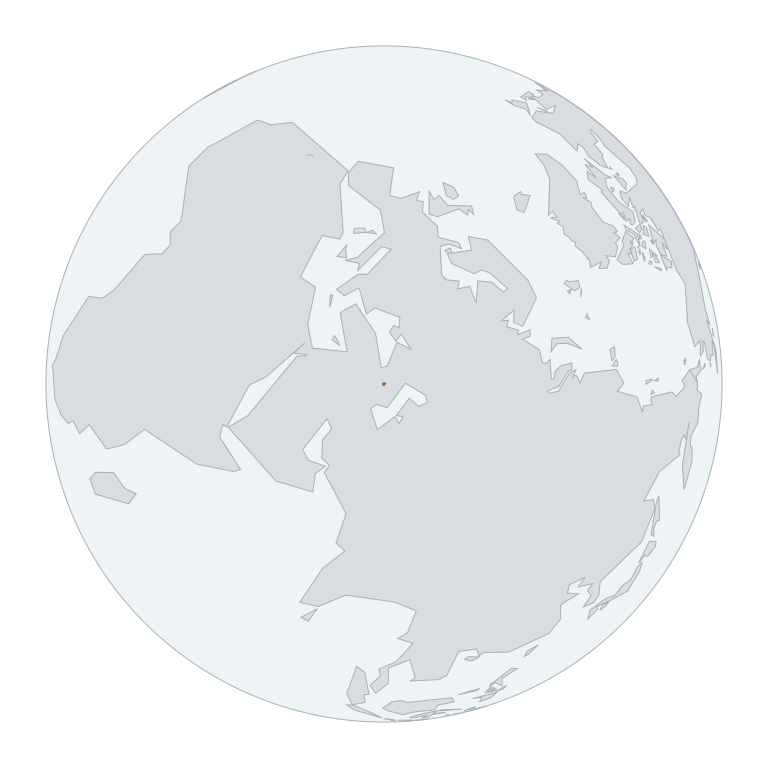 the Earth from above Qazax, rotated 71°
{"feature_id": "AZE-1684", "entity_name": "Qazax", "entity_type": "District", "adm_level": 1, "iso_a3": "AZE", "parent_name": "Azerbaijan", "parent_adm1": "", "projection": "orthographic", "projection_center": [45.184, 41.159], "detail": "fine", "context": "on_globe", "style": "filled", "palette": "amber", "viewbox_px": 768, "rotation_deg": 71, "n_neighbors": 0, "source": "natural_earth", "source_scale": "10m", "svg_char_len": 11174}
<svg xmlns="http://www.w3.org/2000/svg" viewBox="0 0 768 768"><g transform="rotate(71 384 384)"><circle cx="384" cy="384" r="338" fill="#eef3f6" stroke="#a8b0b8"/><path d="M336.9,49.4L338.0,49.3L349.6,48.0L356.6,47.4L381.7,50.5L419.0,56.0L434.4,56.5L428.2,58.1L459.7,59.1L482.3,65.0L454.5,59.4L450.0,59.8L464.2,63.8L462.6,65.2L468.5,68.2L465.3,69.9L449.4,67.4L447.0,68.6L457.2,71.5L460.4,75.6L445.8,71.0L449.9,77.9L424.1,76.9L387.6,66.6L370.9,70.4L327.2,72.2L328.8,74.7L313.3,78.1L309.5,82.4L302.5,82.3L305.5,86.0L312.6,85.4L316.3,87.0L314.7,89.8L305.5,89.8L304.9,88.4L301.4,89.9L297.5,88.9L298.5,91.0L287.5,91.2L295.9,95.2L285.1,99.0L278.4,98.1L282.5,92.6L277.1,79.5L271.7,78.3L259.9,81.4L230.7,97.9L223.3,99.5L210.8,105.6L213.3,106.8L223.9,102.6L225.5,107.3L238.4,102.5L240.9,104.0L252.8,102.0L247.3,108.5L235.5,116.3L225.4,118.5L219.9,122.3L226.6,125.7L204.9,136.2L185.6,154.9L180.4,157.4L175.5,151.1L183.0,136.1L176.7,131.1L177.0,141.1L163.9,148.5L160.2,152.9L158.7,156.8L162.2,156.9L156.9,161.2L154.6,152.1L159.4,148.0L160.1,150.7L163.5,144.1L161.9,139.4L155.4,144.3L159.8,134.5L155.2,138.2L153.6,138.6L160.6,133.2L148.1,143.1L150.5,139.8L170.2,122.3L191.2,106.5L213.3,92.3L236.6,79.9L260.7,69.4L285.5,60.8L311.0,54.1L336.9,49.4ZM46.6,402.4L47.7,415.5L52.3,445.1L55.0,460.8L55.1,461.8L49.5,432.3L46.6,402.4ZM360.0,47.2L350.0,48.0L340.1,48.9L348.6,47.9L360.0,47.2ZM378.5,47.4L373.4,47.7L370.9,46.9L374.6,47.0L378.5,47.4ZM445.7,57.0L437.9,55.4L446.1,56.6L445.7,57.0ZM469.9,68.4L472.6,68.6L474.5,70.2L469.9,68.4ZM255.0,98.7L253.9,100.3L252.2,99.8L255.0,98.7ZM261.2,96.5L260.1,94.7L262.9,93.5L263.5,94.5L261.2,96.5ZM471.4,74.3L473.7,77.2L468.6,73.7L471.4,74.3ZM261.9,99.0L267.9,91.5L272.8,89.4L279.3,92.0L261.9,99.0ZM473.2,78.6L478.8,86.5L485.4,87.2L470.0,90.3L470.3,82.1L463.1,77.5L469.9,79.5L473.2,78.6ZM315.6,84.1L307.9,84.8L315.8,81.8L315.6,84.1ZM319.7,81.8L338.7,71.5L349.2,72.3L340.7,75.3L355.6,74.8L351.4,80.2L342.3,81.6L336.3,79.9L339.3,83.4L319.7,81.8ZM460.7,91.1L459.7,92.9L457.7,90.6L460.7,91.1ZM318.4,87.4L321.3,85.0L330.6,85.4L326.6,90.3L324.8,88.6L318.4,87.4ZM361.5,72.3L367.8,73.8L366.1,78.5L368.3,79.8L352.2,80.4L361.5,72.3ZM321.9,89.9L324.2,92.9L318.4,95.4L316.2,89.8L321.9,89.9ZM334.8,83.6L339.0,84.1L335.3,85.4L334.8,83.6ZM298.9,106.7L302.1,103.3L307.3,103.1L298.9,106.7ZM325.5,93.9L327.5,93.1L329.9,92.8L330.2,95.3L325.5,93.9ZM352.2,83.8L350.2,85.7L358.6,83.8L357.7,87.6L347.2,87.5L351.3,89.1L351.1,90.4L342.8,89.0L352.2,83.8ZM337.7,97.0L324.0,98.9L316.8,105.0L312.0,105.1L324.4,95.5L337.7,97.0ZM341.4,92.4L338.0,95.2L333.8,93.7L333.5,90.9L341.4,92.4ZM360.9,90.4L365.0,84.5L367.2,84.8L360.9,90.4ZM336.4,99.0L339.8,98.6L336.4,99.6L336.4,99.0ZM354.3,93.2L355.5,91.0L357.9,91.4L354.3,93.2ZM345.5,99.7L341.1,100.2L340.7,98.2L345.5,99.7ZM350.2,97.0L353.3,98.0L343.2,97.1L350.3,95.9L350.2,97.0ZM356.4,93.9L358.3,93.4L355.6,94.8L356.4,93.9ZM349.4,107.6L336.8,107.0L336.0,102.3L348.4,103.4L349.4,107.6ZM103.0,474.2L93.3,417.6L102.2,406.3L106.7,385.6L170.6,348.6L180.8,360.6L227.3,373.3L232.6,378.5L223.5,394.2L255.6,428.3L270.2,417.2L302.7,436.7L326.7,440.0L341.5,408.4L302.3,402.2L299.0,384.6L333.2,375.5L368.0,381.4L367.8,374.9L348.8,358.2L359.8,347.2L342.6,351.4L347.3,358.8L336.7,362.0L331.7,355.6L335.7,351.7L326.1,347.2L309.1,368.0L312.2,377.8L285.1,376.3L287.5,392.8L279.1,398.1L271.8,372.5L274.8,364.3L258.9,333.4L253.3,341.6L268.0,371.7L262.0,368.0L254.5,380.6L255.6,368.1L241.0,334.2L218.6,330.8L184.7,352.9L172.7,349.0L165.1,335.7L182.7,304.6L207.5,317.1L214.1,307.5L213.7,287.7L221.2,293.6L224.1,287.5L233.9,291.6L252.3,282.2L262.9,284.9L274.5,267.3L281.5,266.6L272.7,277.0L272.3,286.2L299.3,293.8L305.8,291.2L311.1,279.4L317.9,283.5L319.6,271.2L337.3,270.4L317.1,261.6L322.9,248.8L335.9,241.3L334.1,235.8L312.9,248.3L307.8,254.9L309.1,262.8L291.8,281.0L281.5,281.6L286.0,257.6L271.9,256.3L281.5,239.3L332.9,214.2L352.1,211.8L374.7,234.1L367.7,241.4L356.1,236.7L362.8,252.6L364.2,245.7L369.8,249.5L376.7,239.4L381.0,241.6L380.3,228.4L386.3,230.1L386.7,238.5L402.1,226.0L415.9,227.2L417.3,223.4L414.8,219.0L433.9,224.2L434.1,221.2L427.9,218.3L424.3,210.7L425.3,199.6L431.8,201.9L432.3,206.2L443.3,219.4L443.7,231.2L446.5,231.2L447.7,221.5L434.3,205.3L433.1,198.1L440.5,204.7L437.7,201.7L439.1,198.9L446.7,198.5L439.0,191.0L445.8,159.7L461.1,156.8L467.0,165.6L478.6,149.0L494.9,148.7L489.2,145.8L490.9,137.0L485.8,136.8L483.2,134.9L485.3,114.2L490.9,111.8L485.3,101.3L482.4,100.1L477.9,101.1L470.0,90.3L485.4,87.2L491.3,90.1L496.9,86.9L509.6,94.4L522.6,99.7L533.3,110.9L542.7,114.8L543.8,113.2L557.4,118.0L581.7,134.7L557.2,128.0L519.9,108.1L534.7,116.4L529.9,116.9L534.3,121.5L544.9,127.7L547.0,126.8L556.5,151.9L579.1,176.4L581.0,167.0L589.7,168.2L617.1,191.9L641.5,244.1L653.3,249.4L659.0,257.1L659.6,268.1L651.4,257.0L645.5,258.8L640.7,251.4L639.0,266.5L632.1,256.6L634.2,274.0L641.5,278.8L645.6,268.5L650.3,288.8L663.8,293.8L673.5,309.4L678.1,353.2L670.5,376.7L671.8,382.8L664.6,382.6L661.3,400.5L679.8,419.2L681.5,428.0L673.3,456.0L672.0,450.1L653.0,449.4L654.0,472.1L668.5,477.5L673.7,492.6L664.5,495.3L658.7,482.4L651.9,481.6L650.5,462.9L638.7,441.0L629.1,453.9L626.8,442.7L609.0,427.4L593.5,445.1L571.1,489.2L573.1,518.2L563.1,534.8L538.3,502.1L529.1,475.2L518.9,481.2L494.3,462.1L448.4,469.3L443.0,462.0L434.1,466.9L417.0,460.5L409.1,447.8L398.3,449.3L419.5,482.2L431.3,480.6L442.7,466.3L446.3,478.1L462.9,486.5L440.6,517.8L374.2,545.3L369.7,523.3L329.4,457.3L331.7,450.0L331.6,449.2L331.2,447.6L325.5,459.2L319.3,445.5L338.7,492.7L341.1,511.7L373.3,546.5L369.8,549.8L380.7,556.6L418.1,547.4L417.9,554.5L399.0,586.9L348.9,625.2L356.8,649.3L355.2,667.4L326.6,676.0L331.9,688.0L317.5,690.0L318.5,695.6L308.5,699.3L290.9,700.1L257.9,691.1L253.6,686.3L233.7,671.4L205.1,634.6L211.1,622.4L207.2,608.5L183.6,567.9L188.6,551.4L182.8,540.6L170.6,536.8L164.3,523.4L157.1,519.3L114.3,497.6L103.0,474.2ZM145.0,376.2L142.3,382.1L145.0,376.2ZM402.8,404.6L424.9,405.3L418.4,384.1L426.4,382.9L421.2,376.5L417.8,382.7L405.7,364.9L416.5,358.4L415.6,349.0L408.1,348.5L390.3,363.6L407.4,388.6L400.9,397.5L402.8,404.6ZM164.1,149.0L164.1,149.9L161.6,154.3L160.7,153.2L164.1,149.0ZM162.9,170.4L154.5,177.1L159.9,171.2L157.0,170.4L164.8,157.6L178.1,158.1L170.7,159.9L162.9,170.4ZM178.9,141.8L172.4,149.1L179.0,141.1L178.9,141.8ZM230.2,252.2L232.0,258.2L226.0,263.9L212.6,262.5L221.1,253.9L230.2,252.2ZM236.0,265.5L244.2,243.3L252.9,243.9L246.6,247.2L251.6,249.9L242.8,255.9L243.2,279.2L237.9,286.0L215.9,278.4L226.0,276.8L223.6,270.7L236.0,265.5ZM249.6,192.2L253.3,184.4L267.5,195.6L262.4,201.7L248.6,200.1L246.5,192.1L249.6,192.2ZM272.2,105.9L272.7,103.6L275.2,103.3L276.9,105.2L272.2,105.9ZM300.0,105.1L272.8,116.4L272.0,114.1L257.0,124.4L249.0,122.7L259.0,115.8L241.7,122.7L247.4,115.9L235.9,121.4L258.9,106.4L263.3,101.2L261.4,107.6L268.6,109.2L273.1,108.4L289.1,102.3L302.3,92.6L311.6,93.4L314.6,96.6L312.9,99.0L307.4,97.6L309.0,101.9L299.7,101.8L300.0,105.1ZM344.9,143.1L339.3,138.7L340.9,150.7L331.7,149.2L332.4,150.7L324.3,152.9L315.8,158.3L312.1,156.7L310.4,159.6L305.0,161.4L301.4,164.9L293.5,163.5L288.5,167.8L287.6,164.7L281.1,172.8L282.4,166.2L275.6,168.4L277.9,173.6L244.2,160.6L229.0,161.5L215.6,166.2L219.7,155.3L235.0,144.3L254.7,135.8L268.7,137.0L268.0,132.2L274.5,131.6L272.3,135.6L279.6,129.1L284.4,129.8L301.9,124.4L309.5,115.6L316.1,113.7L315.5,117.6L322.5,113.1L325.9,119.3L330.7,118.3L338.9,123.8L335.0,132.4L340.7,130.7L347.1,135.3L344.9,143.1ZM351.4,109.3L348.8,119.0L342.5,123.3L331.0,112.1L326.1,112.2L318.5,105.9L327.8,100.1L329.1,102.3L332.6,103.2L328.3,104.6L334.3,104.2L336.3,107.4L341.6,108.0L339.3,110.9L351.4,109.3ZM240.7,374.3L245.2,376.7L252.6,378.4L248.0,386.7L240.7,374.3ZM230.3,351.4L234.7,351.8L231.8,363.6L227.2,361.4L230.3,351.4ZM239.5,342.4L235.1,350.9L234.7,345.0L239.5,342.4ZM277.0,277.0L281.9,277.0L281.5,280.0L277.6,283.5L277.0,277.0ZM347.7,181.1L345.5,177.2L347.6,176.1L349.4,166.5L356.4,167.3L358.0,173.3L347.7,181.1ZM333.5,413.2L325.2,418.6L322.2,415.0L325.6,413.9L333.5,413.2ZM283.5,403.6L293.8,410.3L282.1,405.8L283.5,403.6ZM355.7,180.3L355.6,176.1L359.1,179.1L355.7,180.3ZM361.6,167.4L366.2,170.0L357.5,166.3L361.6,167.4ZM414.1,664.5L394.2,692.8L377.9,693.0L373.5,685.5L379.8,668.6L398.4,663.1L407.1,654.0L414.1,664.5ZM704.0,487.5L706.3,482.5L706.0,483.9L704.0,487.5ZM701.7,489.8L705.0,483.3L700.6,493.4L701.7,489.8ZM706.2,480.8L709.4,471.6L710.9,466.7L710.2,469.6L706.2,480.8ZM699.2,494.4L682.6,518.1L675.1,524.1L677.6,517.8L689.7,504.0L699.2,494.4ZM677.0,518.4L664.5,520.0L642.1,501.7L650.3,496.2L672.6,499.2L671.3,504.2L678.9,505.5L677.0,518.4ZM704.1,461.6L702.7,474.2L694.2,486.6L690.0,490.7L687.1,480.5L688.8,470.9L692.5,466.2L702.9,421.7L707.4,421.1L705.1,437.8L708.5,442.0L704.1,461.6ZM574.8,520.2L583.5,533.0L577.6,538.4L574.8,520.2ZM704.1,395.8L701.9,415.0L703.0,392.7L704.1,395.8ZM702.9,377.3L704.6,382.5L701.6,380.2L702.9,377.3ZM674.5,391.0L670.7,397.4L669.2,393.4L673.0,382.9L674.5,391.0ZM680.8,322.9L686.3,335.1L687.5,340.2L683.1,335.4L680.8,322.9ZM415.4,185.6L405.0,197.6L402.2,207.8L407.9,215.6L395.4,210.3L399.8,194.5L415.4,185.6ZM441.4,162.4L436.3,156.4L441.4,156.1L443.2,157.5L441.4,162.4ZM436.3,160.8L424.8,159.1L423.8,153.9L433.1,156.3L436.3,160.8ZM390.0,168.7L386.5,172.0L383.7,169.4L390.0,168.7ZM674.3,557.0L674.6,556.4L675.8,554.5L674.3,557.0ZM709.6,473.7L713.9,456.6L715.2,451.2L709.6,473.7ZM721.0,409.5L721.0,408.9L721.4,403.2L721.0,409.5ZM721.5,400.3L720.8,406.2L721.8,392.1L721.8,392.9L721.5,400.3ZM718.0,429.5L717.6,432.9L717.1,433.6L718.0,429.5ZM719.0,423.9L720.2,417.9L718.6,427.2L719.0,423.9ZM710.4,440.5L711.4,445.0L714.7,432.4L712.2,445.0L713.4,450.9L712.2,457.1L711.2,450.2L709.3,464.9L707.7,468.2L707.8,459.2L709.9,442.2L711.4,433.1L716.7,416.1L710.4,440.5ZM719.3,415.4L718.8,409.6L719.0,402.4L719.7,404.1L719.3,415.4ZM715.4,396.9L712.0,393.5L710.3,402.8L712.2,378.1L715.5,385.3L715.4,396.9ZM710.2,381.1L708.8,389.7L709.2,376.5L710.2,381.1ZM707.6,387.8L705.8,381.6L707.7,378.4L707.6,387.8ZM711.2,378.7L708.9,366.3L711.2,370.9L711.2,378.7ZM701.0,368.4L707.7,370.6L701.6,377.3L694.3,355.9L696.4,350.6L701.0,368.4ZM668.1,253.6L663.7,248.8L663.6,242.9L666.7,247.9L668.1,253.6ZM659.3,221.5L662.2,239.9L663.8,255.7L666.5,255.2L672.7,267.8L665.0,263.0L659.1,244.6L659.0,234.6L652.7,225.1L648.8,213.7L639.9,204.7L636.1,197.8L644.2,203.2L659.3,221.5ZM635.9,201.3L619.0,184.0L621.7,178.1L626.1,180.5L632.7,190.8L630.9,193.2L635.9,201.3ZM615.7,178.3L613.7,180.7L584.6,165.0L579.2,160.4L602.8,168.0L602.2,170.9L608.8,176.2L615.7,178.3ZM463.3,93.7L460.0,93.0L462.7,92.2L463.3,93.7ZM480.4,135.0L477.3,132.2L480.5,131.0L480.4,135.0ZM470.4,124.0L468.9,127.3L467.8,122.8L470.4,124.0ZM466.0,135.0L467.0,128.1L469.9,136.2L466.0,135.0Z" fill="#d9dde1" stroke="#a8b0b8" stroke-width="1"/><path d="M383.9,384.3L384.1,384.2L383.8,383.8L383.7,383.8L383.4,383.8L383.3,383.7L383.2,383.2L383.6,382.9L383.6,383.0L383.8,383.2L384.1,383.3L384.3,383.4L384.9,383.5L385.0,383.7L384.8,384.1L384.8,384.3L384.9,384.6L384.9,384.8L384.7,385.0L384.4,384.9L384.2,384.9L384.0,384.7L383.9,384.7L383.7,384.5L383.4,384.5L383.5,384.3L383.9,384.3ZM383.1,384.5L383.3,384.5L383.3,384.8L383.1,384.7L383.1,384.5ZM384.0,384.9L384.0,385.0L384.0,384.9L384.0,384.9Z" fill="#f59e0b" stroke="#b45309" stroke-width="1.5"/></g></svg>